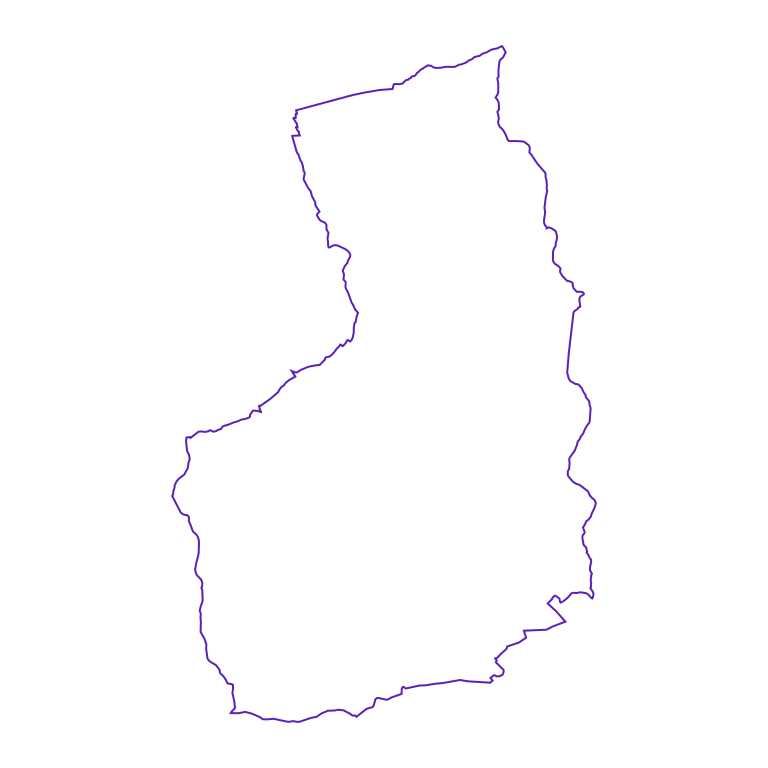 outline of Alunu, Vâlcea, Romania
{"feature_id": "2599482B60597853099448", "entity_name": "Alunu", "entity_type": "district", "adm_level": 2, "iso_a3": "ROU", "parent_name": "Romania", "parent_adm1": "Vâlcea", "projection": "natural_earth1", "projection_center": [23.807, 45.015], "detail": "fine", "context": "isolated", "style": "outline", "palette": "violet", "viewbox_px": 768, "rotation_deg": 0, "n_neighbors": 0, "source": "geoboundaries", "source_scale": "gbopen_adm2", "svg_char_len": 6074}
<svg xmlns="http://www.w3.org/2000/svg" viewBox="0 0 768 768"><path d="M503.6,672.1L503.6,670.0L495.9,662.3L496.7,660.3L495.2,658.5L497.5,657.6L500.7,654.1L506.6,648.8L507.2,646.5L518.8,642.6L526.1,637.7L523.9,630.7L546.5,629.7L553.1,626.3L565.4,621.7L556.1,611.2L547.7,603.5L552.0,599.1L552.4,598.6L552.4,597.8L554.1,596.1L555.4,595.7L559.4,598.5L560.1,601.9L560.6,602.6L563.3,601.3L567.4,598.0L571.6,593.3L572.6,592.8L576.5,593.0L580.5,592.3L586.1,593.2L588.5,594.8L591.6,598.2L592.2,598.5L592.8,597.6L593.5,594.4L593.2,592.4L590.4,588.2L591.1,586.5L590.9,585.4L591.2,582.7L590.6,580.2L591.1,578.1L591.1,575.4L591.9,573.7L589.9,570.0L590.2,566.1L591.2,562.0L591.0,559.6L589.6,557.9L588.2,554.5L586.7,552.8L587.2,551.2L586.5,549.7L586.2,547.5L584.2,545.6L583.3,544.0L583.2,541.9L582.6,539.9L582.4,537.1L582.7,535.2L584.2,533.6L584.7,532.2L583.0,527.4L585.0,524.3L586.2,521.3L588.6,519.5L590.9,516.4L591.7,513.7L594.3,508.3L595.8,503.7L595.5,502.1L594.6,500.1L591.7,497.6L589.6,495.1L588.4,492.2L587.5,490.9L579.4,484.8L576.5,484.0L572.9,481.7L568.5,476.5L567.8,475.0L567.8,471.5L569.1,468.9L569.6,463.6L569.2,459.8L569.6,457.8L574.8,450.5L577.1,444.6L577.7,441.6L579.6,439.4L581.0,436.2L583.1,433.6L584.9,429.3L586.8,425.9L589.5,422.3L589.8,419.8L590.6,408.2L589.6,404.6L589.1,401.2L585.8,397.0L585.5,394.9L583.9,392.7L581.8,388.3L579.0,385.0L577.4,384.1L575.5,384.0L570.1,380.9L568.5,377.8L567.2,372.5L568.8,353.2L573.5,312.6L574.4,311.1L577.9,308.7L578.6,307.3L579.9,307.0L580.3,306.5L579.4,300.6L579.5,298.2L580.5,296.5L583.8,294.3L583.7,293.5L583.3,292.6L582.3,292.1L578.9,291.7L576.9,291.9L573.5,288.2L572.8,285.9L572.7,283.4L572.1,282.5L569.6,281.3L567.1,280.9L562.6,276.2L560.3,272.5L560.0,271.1L560.6,269.1L560.2,268.1L558.3,266.0L555.1,264.0L553.5,262.0L552.9,260.0L553.0,252.1L553.9,248.6L555.7,246.0L555.7,243.2L556.8,239.7L557.0,236.4L556.3,233.1L555.5,231.0L552.1,228.7L549.4,227.5L548.2,227.5L546.7,228.3L546.7,227.2L544.9,225.1L544.1,222.9L544.0,220.5L545.1,212.8L544.5,207.3L545.7,197.7L547.2,190.9L546.6,188.0L546.9,185.7L546.5,180.6L545.6,177.2L545.6,174.2L545.2,172.7L537.2,163.5L531.3,154.6L529.4,152.5L529.8,148.2L529.5,146.6L528.7,145.2L524.4,142.0L522.7,141.4L514.3,141.0L510.2,141.2L508.4,140.7L507.5,139.4L505.9,135.2L504.1,131.7L502.0,128.7L500.1,127.3L498.6,124.4L498.1,122.1L498.9,118.2L497.4,111.8L499.0,109.6L498.8,103.5L498.1,100.9L495.6,97.6L497.8,93.9L498.2,92.4L498.3,83.6L497.4,78.6L497.5,77.9L498.5,76.9L498.6,76.0L498.4,71.1L499.4,61.4L500.4,59.7L503.1,57.3L505.7,52.3L503.2,47.8L501.9,46.1L497.4,48.3L491.1,49.7L486.8,52.3L482.5,53.7L479.7,55.8L474.5,57.0L472.0,59.2L469.0,60.4L465.8,62.7L460.9,64.5L459.0,64.7L454.8,66.9L444.8,66.9L442.0,67.6L436.7,68.0L433.5,67.4L430.9,65.7L427.7,65.4L420.2,70.1L418.6,71.9L417.0,73.0L415.4,75.3L414.3,76.0L412.2,76.3L411.4,76.9L411.0,77.9L409.0,78.7L408.3,79.7L406.3,80.0L403.6,82.3L402.8,83.5L398.8,84.3L397.0,84.0L393.8,84.2L392.5,89.0L379.6,90.0L364.4,92.6L352.9,95.0L296.1,110.3L297.0,113.8L295.8,114.0L295.6,118.0L294.1,117.8L293.4,118.3L296.9,123.9L297.5,127.2L296.2,127.0L295.9,127.4L297.9,131.1L298.9,131.9L298.8,132.8L299.7,135.5L292.3,135.8L292.3,136.5L296.8,152.2L298.7,155.2L300.6,160.9L301.6,162.0L302.7,165.5L303.7,170.9L304.8,173.3L303.6,178.7L303.7,179.6L308.4,188.4L310.7,191.3L312.0,196.2L315.2,202.2L315.3,204.7L315.7,205.8L319.5,211.6L317.1,214.2L317.0,215.5L319.5,219.6L321.2,221.0L325.0,222.7L326.4,224.7L326.5,229.3L328.5,232.9L327.5,238.9L328.0,241.5L328.1,245.3L328.6,247.3L329.3,247.6L332.7,245.7L334.9,245.1L337.6,245.5L345.1,249.0L348.2,251.2L350.0,253.9L350.3,255.3L350.1,256.5L347.9,260.9L347.4,262.9L345.0,265.8L342.7,270.6L344.0,274.5L343.5,279.6L345.7,282.0L345.5,287.1L346.0,288.8L348.0,292.3L351.5,302.4L353.0,304.7L354.9,309.1L358.0,312.8L356.6,316.8L355.6,322.1L354.6,322.8L353.9,326.6L353.7,332.6L352.9,336.9L351.8,339.7L350.1,341.5L348.0,340.1L347.1,340.3L345.8,342.8L343.2,346.0L342.6,346.1L341.0,344.7L340.2,344.6L339.6,346.0L337.0,348.4L334.1,352.3L331.7,354.9L329.5,356.6L326.1,357.2L325.0,358.4L325.1,359.4L319.7,364.9L314.6,365.5L308.3,366.8L300.6,370.0L297.3,372.3L294.6,372.3L291.8,371.1L295.3,376.6L288.9,380.2L286.1,382.5L283.6,385.6L281.3,387.2L279.6,389.4L278.1,392.2L269.9,399.2L260.2,406.0L259.2,405.7L259.0,406.1L259.5,407.0L259.6,409.1L260.7,410.9L260.9,412.0L256.7,410.8L253.0,410.6L250.1,414.6L249.9,416.9L248.7,417.7L244.9,419.0L241.7,419.5L237.2,421.5L233.8,422.4L228.7,424.5L223.2,426.2L222.3,426.9L221.0,429.0L217.9,429.9L216.2,431.1L213.3,431.7L210.1,430.1L208.4,431.3L204.9,431.9L201.0,431.4L198.4,431.8L190.5,437.9L189.7,437.0L186.4,437.6L186.1,441.7L187.1,451.2L189.1,454.8L189.7,459.5L188.5,462.7L187.7,468.3L184.3,474.5L178.7,478.9L176.3,481.8L174.7,485.5L174.5,487.6L173.4,491.2L172.9,494.8L172.2,495.9L180.7,512.5L183.3,514.5L187.3,515.3L188.6,516.5L189.0,517.7L188.8,521.0L190.7,525.3L192.8,531.3L196.6,534.9L197.5,536.2L198.7,539.6L199.0,542.6L198.7,552.7L197.9,557.0L196.3,562.7L195.1,569.5L195.7,572.4L196.9,575.2L201.1,579.6L202.3,582.7L202.2,585.3L201.4,588.2L202.1,589.4L202.3,590.6L202.7,600.6L200.7,606.4L199.8,610.3L199.9,611.5L200.8,613.4L200.5,617.2L200.9,621.9L200.6,632.0L204.4,638.6L206.3,644.1L206.2,649.3L207.5,658.6L208.6,660.3L210.8,662.1L215.9,665.1L219.6,669.8L219.9,672.6L220.5,673.6L223.2,675.9L226.0,680.1L227.5,683.3L232.0,684.3L232.9,684.8L233.1,688.5L232.4,693.1L234.3,701.3L235.0,707.9L234.3,709.0L232.1,711.0L230.8,713.1L238.5,713.2L245.2,711.9L251.8,713.6L260.2,717.3L262.7,719.2L266.6,719.4L273.7,718.8L288.3,721.9L293.2,721.1L297.3,721.9L299.7,721.7L310.4,718.1L316.8,716.7L321.4,713.5L327.9,710.7L334.8,710.5L338.1,709.7L343.7,710.4L350.3,713.9L352.1,715.4L353.1,715.7L355.1,715.4L356.5,716.8L366.5,708.9L371.7,707.3L373.3,706.5L374.9,701.5L375.2,699.6L376.7,698.2L378.3,697.9L386.6,699.8L388.9,699.0L391.3,697.5L401.6,693.9L401.7,689.2L402.3,687.6L403.4,686.8L405.7,688.5L419.9,685.5L424.7,685.4L436.4,683.6L442.5,683.1L460.1,680.0L467.9,681.3L490.3,682.7L492.6,680.6L490.5,677.9L494.1,675.1L496.9,676.4L499.9,676.1L502.6,674.7L503.6,672.1Z" fill="none" stroke="#5b21b6" stroke-width="2"/></svg>